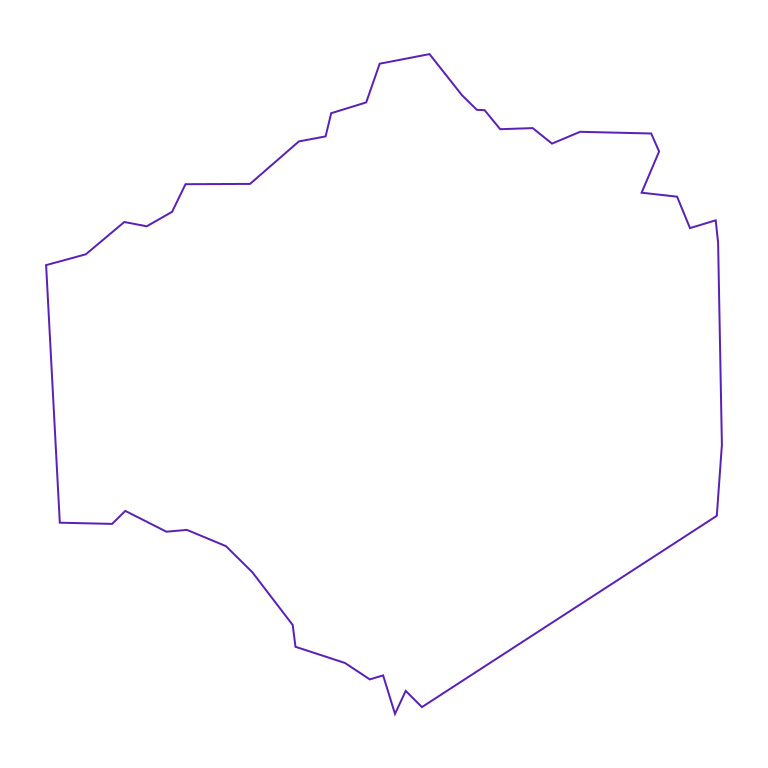 outline of Dinwiddie, Virginia, United States of America
{"feature_id": "52423323B1471868518532", "entity_name": "Dinwiddie", "entity_type": "district", "adm_level": 2, "iso_a3": "USA", "parent_name": "United States of America", "parent_adm1": "Virginia", "projection": "natural_earth1", "projection_center": [-77.642, 37.072], "detail": "fine", "context": "isolated", "style": "outline", "palette": "violet", "viewbox_px": 768, "rotation_deg": 0, "n_neighbors": 0, "source": "geoboundaries", "source_scale": "gbopen_adm2", "svg_char_len": 661}
<svg xmlns="http://www.w3.org/2000/svg" viewBox="0 0 768 768"><path d="M651.2,133.5L580.1,131.8L552.0,143.6L532.7,128.1L500.2,129.2L484.6,110.2L476.8,109.8L461.8,95.0L429.5,54.1L379.7,63.7L366.2,102.4L331.2,113.2L325.6,136.4L298.9,141.4L250.0,183.9L185.5,184.2L172.1,211.8L146.7,226.3L124.3,222.0L85.8,254.3L46.1,265.1L59.8,522.7L112.1,523.9L125.3,510.9L166.4,531.7L186.9,529.9L226.0,546.2L252.3,572.2L292.7,625.0L295.5,646.8L345.0,663.0L369.8,679.4L383.1,675.4L395.0,713.9L405.7,690.9L421.9,707.1L716.8,515.8L721.9,444.7L718.1,242.7L715.7,220.3L690.0,228.1L677.1,196.7L641.6,192.7L659.1,151.5L651.2,133.5Z" fill="none" stroke="#5b21b6" stroke-width="2"/></svg>